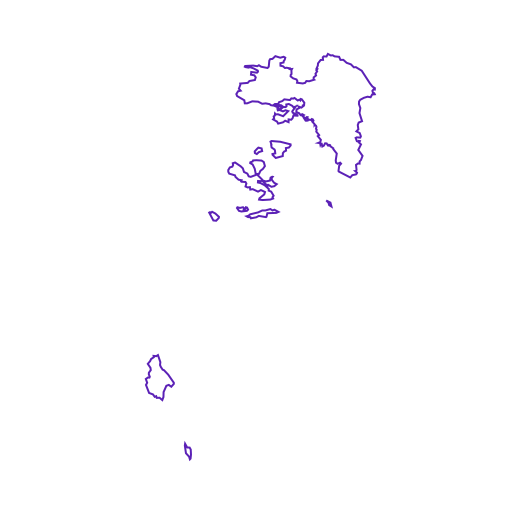 Attikis, Attiki, Greece, rotated 12°
{"feature_id": "26713481B5850386890635", "entity_name": "Attikis", "entity_type": "district", "adm_level": 2, "iso_a3": "GRC", "parent_name": "Greece", "parent_adm1": "Attiki", "projection": "robinson", "projection_center": [23.511, 37.081], "detail": "fine", "context": "isolated", "style": "outline", "palette": "violet", "viewbox_px": 512, "rotation_deg": 12, "n_neighbors": 0, "source": "geoboundaries", "source_scale": "gbopen_adm2", "svg_char_len": 6056}
<svg xmlns="http://www.w3.org/2000/svg" viewBox="0 0 512 512"><g transform="rotate(12 256 256)"><path d="M205.9,72.4L205.7,73.2L206.5,73.4L209.5,73.3L210.9,72.5L214.6,73.0L219.2,74.3L219.6,75.3L218.8,76.5L213.1,77.0L213.4,79.7L216.8,79.6L218.6,81.3L218.3,84.1L213.2,86.2L211.9,88.4L204.7,90.6L205.1,91.7L204.5,95.9L206.6,97.5L204.2,98.6L203.1,101.7L204.3,103.5L212.2,106.1L213.3,109.0L215.6,108.5L220.2,105.5L226.0,104.6L230.4,105.8L233.7,104.7L237.7,104.6L239.2,105.4L242.5,105.2L246.7,106.1L246.4,105.3L242.2,104.2L242.9,103.4L246.2,102.7L246.5,100.8L249.5,99.0L251.1,96.9L256.8,96.4L257.8,94.5L259.7,94.3L260.8,93.4L264.5,95.2L266.0,94.0L267.0,94.6L267.2,93.1L268.2,93.2L271.4,96.0L271.6,98.0L270.7,98.8L271.4,99.2L269.6,101.4L266.7,101.0L267.8,102.0L265.2,104.2L265.5,106.8L268.6,107.4L270.4,109.0L271.2,109.0L271.4,107.9L272.6,107.4L272.2,107.8L273.5,108.2L272.5,109.3L272.8,109.7L275.1,110.6L276.4,110.7L276.9,109.5L277.6,109.5L277.4,111.0L274.7,111.6L276.4,113.3L277.7,113.1L279.2,112.3L278.3,112.3L278.4,111.2L279.7,111.7L281.5,111.5L282.1,110.4L283.2,110.6L284.1,111.7L283.5,112.9L283.0,112.7L282.8,112.0L282.8,111.9L282.7,111.9L283.0,112.8L285.8,114.8L286.0,115.7L286.2,115.3L287.7,116.2L288.3,117.2L288.2,119.1L289.1,119.9L289.1,121.8L292.6,124.6L291.5,125.9L295.3,128.9L295.2,131.3L293.5,132.4L295.3,132.3L295.9,133.8L296.2,132.6L296.9,132.5L298.1,135.1L299.4,134.0L300.2,131.4L301.7,131.2L303.4,133.0L304.2,132.9L304.4,132.1L305.5,132.2L306.1,133.3L309.2,134.6L309.4,135.4L313.7,139.0L314.1,145.9L314.9,148.1L316.7,148.8L318.9,147.2L320.0,148.0L318.6,150.4L319.0,155.7L319.5,156.2L331.9,159.6L333.4,156.9L336.8,155.4L337.4,154.4L337.5,153.5L335.4,152.3L336.3,152.0L336.4,150.7L334.9,146.1L336.5,144.3L338.1,144.1L337.7,141.9L338.7,140.3L339.4,135.9L334.0,131.0L335.5,125.0L333.4,123.8L333.7,122.0L332.6,122.1L332.5,123.0L330.8,122.7L328.9,119.8L329.9,119.0L333.4,118.5L333.7,117.1L331.9,114.2L328.3,113.2L329.8,110.8L328.3,106.7L328.7,104.1L331.7,102.1L327.5,94.7L327.3,89.6L325.1,86.0L324.7,83.4L325.5,81.5L328.7,78.8L332.0,77.0L335.1,76.9L336.0,73.9L338.5,73.1L337.8,72.2L336.5,72.0L335.5,70.3L336.3,68.6L337.6,68.5L337.4,67.1L334.6,66.0L331.6,63.5L320.9,52.8L314.4,50.5L312.5,51.1L309.0,48.8L304.5,48.2L300.7,46.0L297.8,46.6L295.9,43.9L291.3,44.4L289.3,43.7L287.5,44.3L284.3,43.4L283.5,46.2L280.7,46.7L280.0,47.8L280.8,50.2L278.5,50.8L276.6,54.7L276.9,56.9L276.2,60.3L277.1,60.4L276.5,61.9L277.4,62.7L276.3,65.4L277.2,66.9L275.3,69.3L275.6,71.2L276.2,71.5L271.7,74.0L268.9,74.4L268.1,76.4L265.9,77.5L260.1,78.0L260.1,76.3L258.9,74.9L255.4,74.5L252.5,73.1L252.3,71.7L252.9,70.6L252.0,66.8L252.3,65.6L250.5,66.2L249.9,66.1L250.0,65.4L246.7,65.5L245.2,66.1L243.0,64.8L240.4,64.8L239.8,62.3L242.7,61.0L242.6,59.6L243.3,58.0L243.4,55.9L241.6,55.4L238.5,57.0L233.4,56.5L231.1,59.8L228.9,60.5L228.4,62.0L229.1,68.2L228.2,69.7L221.7,69.8L219.2,68.8L217.8,70.1L213.8,70.3L205.9,72.4ZM184.5,379.7L180.7,373.3L179.3,374.7L176.6,375.0L177.1,376.2L174.8,378.6L174.3,380.8L172.6,384.0L176.0,387.3L176.8,389.5L175.5,392.4L175.7,393.9L177.2,396.2L177.0,397.1L175.6,397.3L173.8,399.2L175.9,402.6L175.2,405.0L179.9,412.2L184.0,412.8L186.2,414.8L187.5,413.9L188.4,415.4L191.1,414.7L194.3,416.4L194.8,413.2L193.9,408.3L195.3,401.6L197.5,400.2L200.3,401.5L202.2,398.2L202.0,397.1L194.8,390.3L189.7,386.8L188.3,386.6L185.9,384.2L184.8,382.6L184.5,379.7ZM247.3,200.2L250.8,199.9L258.3,197.8L260.8,196.2L259.9,195.1L260.7,193.4L257.5,189.9L254.8,189.4L254.6,187.8L249.8,185.0L244.0,183.4L244.5,183.7L242.6,183.7L242.4,182.2L245.2,181.8L246.4,180.8L246.3,180.1L239.5,175.7L241.9,175.0L242.6,171.8L244.7,169.3L246.0,166.2L244.1,162.5L241.6,161.5L236.6,162.2L233.3,163.1L233.0,164.3L231.0,165.5L231.0,166.3L233.7,167.2L236.6,170.9L239.1,176.7L234.4,179.7L232.3,179.6L230.4,177.2L226.8,176.3L224.9,173.0L222.3,171.4L216.1,168.9L214.0,170.1L214.7,171.8L214.3,173.5L212.0,174.8L211.0,177.7L211.4,179.4L212.7,181.0L218.7,181.5L219.5,182.9L223.1,185.0L226.1,184.9L225.8,186.0L226.3,186.4L230.3,185.8L231.5,187.1L231.3,190.2L233.6,190.7L235.7,189.9L236.6,192.2L238.9,191.3L244.6,192.6L247.1,190.5L251.5,191.5L251.3,194.0L247.4,198.8L247.3,200.2ZM261.8,102.8L260.3,101.6L256.5,100.5L254.1,101.5L254.7,103.2L254.0,104.2L252.0,104.6L249.2,103.3L246.5,103.6L246.3,104.5L251.0,105.5L249.8,107.0L246.5,107.9L247.1,109.0L248.6,108.3L252.3,108.9L254.6,107.3L257.4,107.6L253.5,113.6L248.0,112.8L246.0,113.4L245.0,112.7L245.2,114.7L244.3,115.8L245.1,117.5L244.3,118.8L248.7,120.2L250.1,121.9L254.7,119.6L256.4,117.6L260.0,118.3L259.5,115.6L262.1,115.4L263.1,113.8L263.4,110.8L268.3,110.0L263.1,109.6L264.9,108.8L262.1,108.2L261.4,107.0L263.8,101.5L261.8,102.8ZM256.0,139.2L247.3,140.3L246.4,141.1L248.0,143.9L248.0,144.0L247.7,143.9L247.7,144.1L248.7,146.6L252.0,148.0L252.6,148.9L253.5,151.6L250.9,152.8L251.2,153.6L254.9,156.0L261.4,152.7L260.9,149.8L261.8,148.0L263.5,146.7L262.8,144.2L265.6,143.1L266.9,140.7L266.6,139.6L256.0,139.2ZM268.8,208.2L264.4,206.9L262.7,208.0L260.3,207.1L255.7,209.5L252.6,210.2L249.0,212.9L241.7,216.4L240.2,218.3L238.6,219.1L240.1,219.6L242.5,219.2L243.2,220.2L248.2,218.1L250.4,216.2L257.7,215.9L258.1,215.4L258.2,211.8L266.9,209.6L268.8,208.2ZM261.3,181.4L258.5,180.6L255.7,178.3L255.1,176.5L255.8,175.1L255.4,175.1L254.0,176.3L254.0,179.3L250.2,181.0L247.4,180.8L247.4,181.7L250.7,183.7L252.2,185.9L252.7,185.6L252.1,184.2L253.0,183.8L256.7,185.1L259.4,183.9L261.3,181.4ZM207.4,222.9L203.9,221.9L203.1,223.0L201.9,222.7L201.2,223.3L206.9,230.1L209.7,229.8L211.7,226.5L211.6,225.4L207.4,222.9ZM228.5,457.6L225.7,454.4L225.8,456.2L228.5,463.5L232.3,466.2L233.6,468.6L234.1,467.8L233.7,463.8L232.4,458.9L230.9,457.2L228.5,457.6ZM238.6,212.3L237.2,210.5L236.0,210.4L235.8,212.1L234.9,213.1L234.3,213.1L234.3,211.6L233.2,211.0L230.3,212.3L227.7,212.2L227.4,213.0L230.0,215.4L232.5,215.5L237.7,213.7L238.6,212.3ZM239.1,149.6L235.8,149.5L234.8,150.9L233.0,153.9L233.5,155.5L235.6,156.1L237.2,153.8L240.2,152.1L239.1,149.6ZM317.7,188.3L313.2,187.1L315.8,188.8L317.0,191.0L319.5,191.9L317.7,188.3Z" fill="none" stroke="#5b21b6" stroke-width="2"/></g></svg>